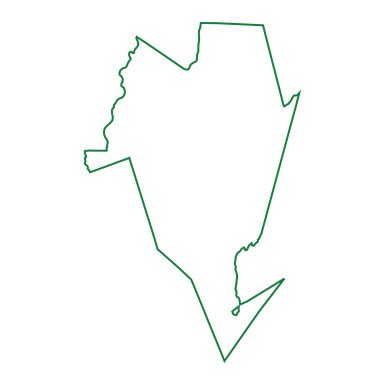 Coroatá, Maranhão, Brazil (Equal Earth projection)
{"feature_id": "56859067B50096291578715", "entity_name": "Coroatá", "entity_type": "district", "adm_level": 2, "iso_a3": "BRA", "parent_name": "Brazil", "parent_adm1": "Maranhão", "projection": "equal_earth", "projection_center": [-44.19, -4.166], "detail": "fine", "context": "isolated", "style": "outline", "palette": "green", "viewbox_px": 384, "rotation_deg": 0, "n_neighbors": 0, "source": "geoboundaries", "source_scale": "gbopen_adm2", "svg_char_len": 2542}
<svg xmlns="http://www.w3.org/2000/svg" viewBox="0 0 384 384"><path d="M157.7,249.3L176.1,265.5L182.7,271.6L191.3,279.6L201.9,305.5L209.0,323.1L215.7,339.4L224.5,361.0L235.8,344.8L251.8,321.9L260.1,310.1L271.1,295.8L284.5,278.5L247.1,301.5L240.2,304.5L239.7,301.3L239.3,299.2L238.5,297.6L236.7,296.7L236.2,295.0L236.5,293.2L236.2,290.3L235.4,289.3L235.8,286.5L236.1,284.9L236.4,283.5L236.5,281.8L236.7,279.6L237.1,277.8L237.0,275.8L236.7,273.4L236.1,271.2L235.3,269.5L235.8,267.6L235.3,265.3L234.7,263.1L235.4,260.5L235.6,257.8L236.1,255.9L236.9,254.3L237.8,252.6L239.0,252.1L240.2,250.9L241.4,249.3L242.3,248.4L243.9,247.4L244.8,248.5L245.1,250.0L246.7,250.2L247.6,248.5L248.5,246.5L249.5,244.9L251.5,243.2L252.0,245.2L253.5,245.8L254.7,244.5L255.8,243.2L257.8,241.8L257.8,239.8L258.8,239.0L259.9,236.7L261.4,233.5L265.3,219.2L279.6,166.2L284.1,149.5L288.1,134.7L293.5,114.9L296.4,104.4L299.2,93.1L297.5,94.9L296.3,95.5L294.5,95.4L293.4,96.2L292.2,98.0L291.6,99.3L290.8,100.8L289.5,102.4L288.5,103.9L287.1,104.4L285.8,105.4L284.3,106.4L283.3,104.4L277.6,82.1L272.0,60.4L265.5,35.1L265.0,32.9L263.0,25.3L248.5,24.6L217.4,23.2L200.8,23.0L200.3,27.4L199.3,29.7L198.8,33.5L199.2,39.6L198.5,44.0L198.4,46.3L198.3,48.7L198.3,51.4L197.5,53.7L197.0,55.6L197.1,57.9L196.6,60.7L195.4,61.8L194.0,62.4L192.5,63.2L191.1,64.3L190.0,66.0L189.4,67.9L188.2,69.4L186.8,69.6L185.7,69.3L184.3,69.1L178.9,65.4L146.6,43.3L136.7,36.9L136.3,38.3L137.6,41.0L138.0,42.6L138.3,44.7L137.4,46.6L136.1,48.1L134.8,49.6L134.2,51.5L133.7,53.1L132.4,52.9L131.0,51.7L129.5,52.5L129.0,54.4L129.7,56.7L130.8,58.5L129.9,60.3L128.9,61.3L127.9,63.2L126.5,66.5L125.4,67.6L122.8,68.3L120.4,70.3L119.5,72.7L119.6,74.7L120.5,75.6L121.6,76.5L122.3,77.8L122.8,79.6L122.5,81.8L121.3,84.0L121.4,86.0L123.9,88.0L124.6,89.9L124.9,92.0L124.7,93.4L123.9,95.4L123.1,96.6L121.8,97.7L119.3,98.6L117.1,100.1L116.2,102.1L114.5,104.3L113.7,105.4L114.0,107.3L112.6,108.7L111.9,110.2L111.9,112.4L112.4,114.9L112.9,117.7L112.2,120.6L111.3,121.8L109.7,123.4L108.3,124.7L106.4,126.5L105.1,127.9L104.4,129.4L104.0,131.4L104.0,133.0L104.3,135.1L105.2,137.2L107.7,141.2L107.5,143.6L106.6,148.9L106.6,150.7L104.2,150.7L87.5,150.6L84.8,151.2L84.9,153.7L85.7,155.4L86.1,157.0L85.1,157.7L85.1,159.7L85.5,161.9L84.8,163.6L85.7,164.7L87.3,165.8L87.8,167.3L87.7,169.0L89.1,170.2L90.1,172.3L114.9,163.2L129.3,157.9L139.4,190.2L153.6,235.6L157.7,249.3ZM238.7,306.3L238.6,309.0L238.8,311.3L237.5,312.9L236.4,315.1L234.3,314.7L232.9,313.6L232.3,311.4L238.7,306.3Z" fill="none" stroke="#15803d" stroke-width="2"/></svg>